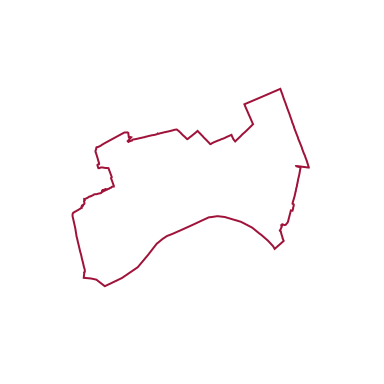 outline of Gruia, Romania, rotated 311°
{"feature_id": "2599482B53836836172440", "entity_name": "Gruia", "entity_type": "district", "adm_level": 2, "iso_a3": "ROU", "parent_name": "Romania", "parent_adm1": "", "projection": "albers", "projection_center": [22.687, 44.297], "detail": "fine", "context": "isolated", "style": "outline", "palette": "rose", "viewbox_px": 384, "rotation_deg": 311, "n_neighbors": 0, "source": "geoboundaries", "source_scale": "gbopen_adm2", "svg_char_len": 5842}
<svg xmlns="http://www.w3.org/2000/svg" viewBox="0 0 384 384"><g transform="rotate(311 192 192)"><path d="M192.2,101.8L171.1,93.9L168.6,93.1L166.6,92.6L166.1,92.3L165.7,92.2L164.7,91.7L164.3,91.6L164.1,91.4L163.9,91.2L163.5,90.8L163.2,90.7L162.9,90.8L162.8,90.7L161.7,91.3L161.4,91.6L159.8,92.1L159.6,92.3L159.1,92.9L158.9,93.0L158.5,93.9L158.2,94.3L158.0,94.5L157.8,95.0L156.4,97.2L156.0,97.9L154.9,99.6L154.5,100.1L154.4,100.4L153.7,101.4L153.5,101.7L153.3,102.2L152.6,103.2L152.2,103.5L151.9,103.6L151.0,102.9L150.6,102.8L150.3,103.0L150.0,103.3L148.7,105.4L148.6,105.7L148.7,105.9L148.8,106.1L149.3,106.5L150.3,106.9L150.6,107.0L151.3,107.8L151.9,108.5L152.3,109.2L152.9,110.2L153.2,110.7L153.9,111.6L155.2,113.3L150.6,121.7L149.3,121.8L148.1,124.1L145.7,128.3L145.5,128.8L144.8,129.4L143.8,128.5L143.3,128.1L142.8,128.0L142.3,128.1L141.9,128.0L141.3,127.5L140.8,127.3L140.3,127.3L139.7,127.1L139.4,126.7L138.1,126.4L137.8,126.2L137.7,126.0L137.9,125.8L138.1,125.8L137.8,125.4L137.6,125.4L137.5,125.2L137.5,124.8L137.3,124.7L137.0,124.6L136.8,125.2L136.8,125.5L137.0,125.7L136.2,125.5L135.6,125.1L134.3,124.7L134.2,124.5L134.0,124.2L134.5,123.8L134.4,124.0L134.5,124.3L134.8,124.3L135.3,123.8L135.3,123.6L134.9,123.3L134.7,123.4L134.5,123.5L134.3,123.4L134.2,123.5L133.9,123.3L133.6,123.4L133.4,123.6L133.4,123.8L133.3,124.1L133.1,124.2L132.7,124.2L132.1,124.0L131.7,124.0L131.1,123.7L130.6,123.5L130.4,123.3L130.1,122.9L128.8,122.1L127.7,121.4L126.8,120.4L126.0,119.7L124.8,119.4L124.4,119.3L123.5,118.8L122.9,118.7L122.7,118.4L122.3,118.3L121.9,118.2L121.3,117.6L121.0,117.4L120.3,117.3L119.8,117.1L119.1,117.0L116.9,116.0L116.2,115.6L116.0,115.2L115.8,115.3L115.6,115.5L115.3,116.4L115.1,116.3L114.9,116.4L114.7,116.3L114.2,116.5L114.0,116.8L113.6,117.5L113.0,118.2L112.4,118.5L112.0,118.5L110.9,118.2L110.6,118.4L110.4,118.6L110.2,118.7L109.8,118.7L109.9,118.3L110.1,118.2L109.9,118.0L109.8,117.9L109.4,117.9L109.2,118.0L108.7,118.2L108.3,118.4L107.8,119.0L107.5,119.2L107.2,118.9L106.8,118.7L106.1,118.6L103.5,117.8L102.8,117.5L102.1,117.3L101.3,117.0L100.9,116.9L100.4,116.6L100.0,116.4L99.5,116.5L98.6,116.0L98.1,116.0L97.3,116.3L96.9,116.4L95.4,117.7L89.9,125.2L89.3,126.0L87.8,128.0L82.6,134.2L81.1,136.4L79.1,139.1L78.0,140.7L73.5,146.9L72.2,149.0L70.6,151.2L70.2,151.7L69.5,152.6L67.7,155.3L64.7,159.4L63.6,161.1L63.1,161.9L61.9,163.1L61.4,163.5L60.9,163.4L60.7,163.3L60.4,163.4L60.4,163.7L56.2,166.6L60.4,172.4L63.1,177.3L63.7,188.0L81.0,195.5L99.6,200.4L115.8,200.1L130.0,199.3L131.3,199.6L137.3,200.6L139.5,201.2L142.4,202.0L147.5,204.7L157.5,209.4L168.4,214.4L176.1,217.8L183.9,221.3L185.6,222.9L190.5,227.1L194.6,233.1L201.4,248.0L201.6,248.5L202.3,251.2L204.5,260.4L204.6,261.1L204.9,270.2L205.1,272.3L205.1,280.5L205.1,281.1L204.3,288.8L203.3,291.7L215.1,293.3L215.4,293.1L215.6,292.5L216.2,291.5L216.3,291.1L216.4,290.8L216.8,290.5L218.7,287.4L219.5,286.2L220.5,284.9L220.3,284.4L220.6,283.5L221.9,283.4L224.6,282.5L224.8,282.4L224.7,282.2L224.9,282.1L225.0,282.0L225.1,281.9L225.2,281.7L225.3,281.9L225.5,281.8L225.7,281.6L225.8,281.6L226.1,281.7L226.3,281.3L226.7,281.2L226.9,281.3L227.1,281.8L227.2,282.4L227.3,282.5L227.6,283.2L227.7,283.3L228.0,283.7L228.7,284.2L229.0,284.3L229.7,284.2L231.6,284.2L232.2,284.0L232.6,283.9L243.0,278.7L243.8,280.1L245.7,279.2L245.9,279.0L246.2,278.9L246.5,278.6L247.9,278.0L248.9,277.4L249.4,276.9L249.4,276.7L249.3,276.4L249.1,275.9L249.1,275.6L249.6,275.2L250.7,274.6L250.9,274.6L252.1,274.0L254.2,273.1L254.9,272.7L256.4,272.1L257.6,271.3L258.9,270.7L259.4,270.4L260.2,269.9L260.7,269.8L263.1,268.3L265.1,267.4L266.1,266.8L266.5,266.4L267.9,265.8L268.4,265.4L269.8,264.7L270.3,264.3L271.2,263.8L275.4,261.6L276.9,260.7L277.2,260.6L278.4,259.8L280.1,258.8L280.6,258.5L281.3,258.2L281.8,257.8L281.7,257.7L279.9,253.9L280.0,253.7L281.2,255.2L281.6,255.9L286.8,263.8L287.1,264.1L287.3,263.9L288.3,262.2L291.1,257.7L291.2,257.4L291.6,256.7L292.6,254.8L292.9,254.4L293.8,252.8L294.4,251.3L294.8,250.6L294.9,250.4L296.1,248.2L296.9,246.7L297.4,246.1L298.7,243.6L299.3,242.3L299.6,241.8L301.6,237.8L302.2,236.7L302.5,236.4L305.8,230.1L306.0,229.8L306.8,228.2L307.3,227.4L307.8,226.4L308.2,226.1L308.4,225.7L308.6,225.2L309.2,224.2L309.7,223.3L310.0,222.5L310.4,221.8L311.4,220.3L314.0,215.6L314.4,215.1L318.0,208.4L318.9,206.9L319.5,205.7L320.3,204.5L321.1,202.9L321.6,202.0L322.6,200.1L325.4,195.4L325.6,194.9L327.8,191.0L307.8,181.4L292.6,174.0L291.7,175.7L284.1,191.7L283.2,193.6L280.8,193.4L279.7,193.3L276.7,193.1L272.3,192.7L269.4,192.3L268.9,192.2L266.3,192.1L263.9,191.9L262.0,191.7L258.5,191.4L258.7,190.2L259.0,188.5L259.2,188.2L260.5,185.2L261.0,184.3L256.6,182.2L254.2,181.2L252.7,180.5L251.3,179.6L250.5,179.3L247.9,177.9L243.9,175.9L241.6,175.0L240.8,174.8L240.5,174.7L240.1,174.4L240.4,172.0L240.4,171.2L240.6,169.6L240.9,164.8L241.1,163.9L241.3,161.1L241.4,160.6L241.4,160.0L241.5,159.3L241.6,156.9L241.8,156.3L241.8,156.1L240.5,156.0L236.8,155.4L235.8,155.2L235.4,155.1L234.5,155.0L230.3,154.1L229.2,154.0L228.9,153.9L228.7,153.7L228.8,151.7L228.9,150.6L228.9,149.0L228.9,147.6L229.0,147.0L229.0,146.6L229.1,145.5L229.2,144.9L229.2,144.2L229.3,142.4L229.3,141.6L229.2,140.4L229.2,139.6L229.1,139.4L227.0,137.6L225.6,136.9L225.3,136.6L222.6,134.7L220.3,133.0L219.7,132.6L219.6,132.4L219.1,132.0L218.4,131.6L215.2,129.3L214.6,129.0L213.7,128.3L213.7,127.8L212.8,127.7L212.4,127.5L210.3,126.1L208.5,124.5L207.8,124.0L206.9,123.4L206.6,123.1L204.4,121.6L203.9,121.3L203.4,120.8L203.2,120.7L202.6,120.4L202.1,120.1L201.4,119.5L200.0,118.5L195.0,114.8L194.6,114.5L193.3,113.4L193.0,113.1L192.8,113.0L191.8,112.8L191.4,112.9L191.2,112.6L190.4,112.3L189.4,111.7L188.1,111.2L188.2,110.1L193.4,110.2L193.1,109.5L191.9,108.4L192.4,107.8L194.8,105.1L194.7,104.6L194.7,104.3L194.1,103.7L192.9,102.3L192.5,102.0L192.2,101.8Z" fill="none" stroke="#9f1239" stroke-width="2"/></g></svg>